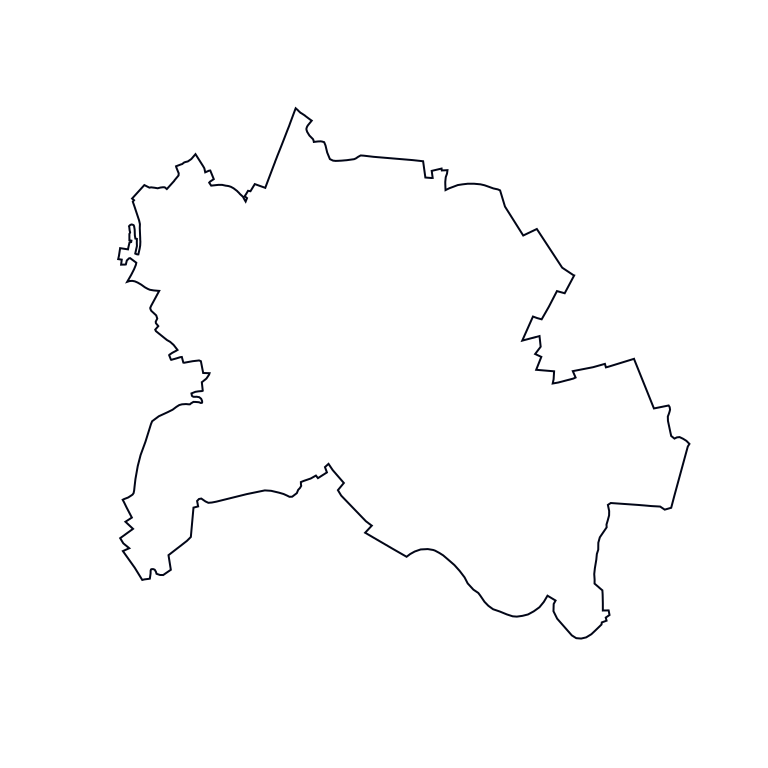 Ha Dong, Ha Noi, Vietnam, rotated 259°
{"feature_id": "81297802B46977673973725", "entity_name": "Ha Dong", "entity_type": "district", "adm_level": 2, "iso_a3": "VNM", "parent_name": "Vietnam", "parent_adm1": "Ha Noi", "projection": "robinson", "projection_center": [105.762, 20.954], "detail": "fine", "context": "isolated", "style": "outline", "palette": "ink", "viewbox_px": 768, "rotation_deg": 259, "n_neighbors": 0, "source": "geoboundaries", "source_scale": "gbopen_adm2", "svg_char_len": 5954}
<svg xmlns="http://www.w3.org/2000/svg" viewBox="0 0 768 768"><g transform="rotate(259 384 384)"><path d="M266.9,672.4L270.5,670.0L273.2,667.1L275.5,664.0L275.7,661.3L275.0,658.7L278.2,656.0L281.9,655.9L293.6,655.7L297.9,656.4L300.3,657.9L302.3,659.0L304.2,659.9L306.8,660.0L308.6,659.3L308.5,646.0L308.5,644.3L326.2,640.9L360.9,634.2L361.0,634.2L358.1,607.1L358.0,605.0L361.6,604.7L360.6,592.4L360.6,571.8L353.8,573.3L353.2,570.9L352.2,555.2L352.3,549.7L356.3,551.4L364.0,553.4L368.9,536.1L380.6,543.6L384.6,538.1L390.7,544.9L401.4,545.8L400.2,528.0L421.8,543.1L419.5,546.9L417.4,551.1L428.3,560.5L442.2,571.5L438.6,578.7L454.3,591.4L454.7,590.7L464.2,581.1L507.0,563.6L503.2,549.0L535.1,536.6L551.9,534.9L553.3,532.9L555.1,528.7L557.5,524.7L559.9,520.6L561.6,516.8L563.4,510.6L564.6,504.5L565.0,499.2L565.2,494.4L564.4,489.8L563.7,485.5L562.6,481.4L568.5,482.3L570.7,482.7L575.3,484.1L578.5,486.0L581.8,487.1L582.6,481.5L584.5,481.6L584.1,471.5L577.0,471.1L577.2,469.7L578.8,464.0L595.2,464.9L598.3,454.9L609.0,417.1L612.0,407.7L612.8,404.7L611.9,401.9L610.8,399.4L610.4,397.5L610.8,390.2L611.4,384.6L612.2,379.2L613.0,376.6L615.1,373.8L622.1,372.4L629.3,372.1L632.8,371.4L633.8,369.5L634.3,368.1L634.7,365.4L635.0,361.3L636.5,361.3L637.9,361.0L642.1,358.2L646.1,356.7L648.4,356.4L649.6,356.6L651.3,357.6L652.4,358.6L656.3,363.3L657.4,362.2L661.9,358.1L662.7,357.5L665.8,354.3L666.1,353.8L666.9,353.3L668.2,352.3L669.2,351.7L671.5,349.9L669.4,348.6L657.6,341.4L655.4,340.1L651.2,337.4L642.9,332.2L636.9,328.4L627.9,322.6L627.4,322.3L626.9,322.0L623.3,319.7L622.8,319.4L622.5,319.3L621.3,318.5L613.7,313.8L607.4,309.9L600.9,305.9L599.2,304.9L604.9,295.3L598.7,289.7L599.6,287.4L597.2,285.3L594.9,283.1L592.6,285.0L589.5,283.0L591.4,282.3L594.7,281.3L597.9,278.9L599.8,277.8L600.4,277.3L601.4,276.7L604.8,273.7L606.8,271.3L607.9,269.3L608.5,267.7L608.8,266.7L610.4,263.0L611.1,259.2L611.7,252.2L615.0,250.8L615.8,251.8L617.6,256.0L626.7,254.2L626.8,253.0L625.9,248.9L630.0,248.8L632.1,248.1L645.6,242.8L641.6,237.8L639.9,233.9L639.8,231.5L639.6,230.1L638.4,227.8L638.3,226.6L638.0,224.9L637.7,223.1L637.4,221.4L636.1,221.5L631.3,222.4L630.1,222.7L627.9,222.1L623.9,217.2L623.4,216.8L617.3,208.7L616.8,208.0L618.9,206.3L619.3,204.7L619.5,202.0L619.3,199.2L620.4,196.3L621.5,192.9L621.5,191.2L625.0,186.7L614.1,172.1L612.1,173.7L610.9,172.2L606.1,172.9L602.2,173.4L591.3,174.8L588.2,174.9L587.5,174.9L583.6,174.0L573.6,172.5L572.6,172.3L570.2,172.0L566.5,171.1L563.3,169.9L563.1,169.8L560.4,168.6L558.1,167.6L558.3,166.6L558.7,165.8L559.5,164.7L564.1,166.7L566.6,167.8L569.8,168.3L573.6,169.1L574.2,167.7L577.5,167.8L583.1,168.7L586.6,168.8L587.7,168.5L588.4,167.5L588.8,166.4L588.3,164.8L587.5,163.8L586.6,163.9L583.3,163.6L581.2,163.7L579.9,162.7L573.7,161.5L572.9,163.4L571.6,162.9L571.5,161.2L566.8,159.1L565.0,158.4L567.7,150.9L560.2,148.2L557.3,146.9L556.9,148.1L556.1,150.3L551.3,148.7L550.6,152.9L550.6,153.4L554.3,155.1L556.0,157.7L556.0,158.8L554.9,159.8L550.3,164.0L548.2,163.1L544.4,160.6L539.4,156.7L533.3,151.4L533.6,153.8L533.3,156.5L532.3,159.0L530.6,161.5L527.9,164.6L524.5,167.8L522.5,170.2L521.2,172.1L519.8,175.8L518.6,180.0L518.3,181.1L505.0,170.2L503.2,169.0L501.7,169.1L500.1,169.6L494.8,173.5L491.5,173.9L488.7,171.8L487.2,171.7L483.9,173.5L481.0,169.8L479.4,170.2L468.6,179.3L466.2,182.1L462.4,185.0L456.8,187.8L456.2,186.1L455.0,182.1L454.4,180.7L453.6,178.8L453.3,178.6L448.5,179.5L448.3,179.9L448.5,181.9L448.6,183.4L448.8,185.6L449.2,189.1L449.1,190.7L443.3,191.1L443.0,191.8L442.9,200.5L442.4,207.0L441.3,208.6L429.3,208.6L427.9,214.8L426.6,214.1L423.2,210.7L420.5,205.5L412.0,204.8L411.8,204.0L412.2,200.4L412.3,197.3L411.5,193.2L409.1,193.2L408.4,193.7L407.7,194.8L407.2,197.8L406.3,200.1L404.4,201.7L402.0,202.2L400.7,202.0L400.3,201.7L400.3,200.6L401.4,198.9L402.3,195.7L402.8,193.5L401.8,190.8L401.1,189.7L401.2,188.8L402.1,185.8L402.6,181.8L402.4,179.0L401.2,175.9L399.1,171.6L397.6,166.2L395.3,156.8L391.7,149.3L389.1,147.6L382.6,144.1L372.8,138.8L360.7,131.5L350.4,126.6L338.2,121.9L331.0,119.6L329.7,119.2L327.4,118.5L324.7,117.4L323.5,116.2L323.0,115.2L321.4,111.2L320.6,106.7L320.2,105.4L317.7,106.2L311.7,107.8L304.0,110.1L301.0,111.0L298.1,103.9L289.7,110.0L283.0,95.6L277.3,97.7L271.4,102.6L269.8,95.8L251.1,104.3L237.8,109.3L237.9,111.5L237.8,113.2L237.7,114.6L237.6,116.3L237.6,117.0L242.5,118.7L245.3,119.3L246.4,119.9L246.6,120.9L246.2,122.4L245.4,123.5L243.2,124.3L241.1,124.5L239.3,127.6L238.6,130.8L239.8,133.5L242.3,139.3L257.1,139.8L267.6,160.6L270.7,165.2L299.0,173.4L299.3,178.2L304.8,178.2L306.4,180.4L306.4,182.8L302.8,186.3L300.9,188.9L300.5,192.4L300.5,197.0L302.1,228.3L302.3,246.7L300.7,252.8L297.4,260.1L295.2,264.4L293.0,267.5L291.3,269.7L290.9,272.4L293.5,277.6L296.4,279.5L298.0,281.7L299.8,283.3L301.2,283.3L303.6,283.7L304.2,286.8L305.2,294.0L307.1,299.7L304.2,301.2L308.1,311.1L313.7,310.2L316.2,314.3L309.3,317.2L294.5,325.7L288.6,318.5L282.6,320.7L252.8,340.0L248.2,344.1L247.3,345.0L241.6,337.1L220.3,361.4L210.1,373.2L212.1,377.3L213.7,382.2L214.6,388.4L213.6,395.5L211.7,400.6L210.7,402.3L207.6,406.1L204.5,409.4L197.3,415.1L192.8,418.6L186.1,422.6L178.8,426.2L172.3,428.1L165.1,432.5L160.9,436.7L158.0,438.1L151.0,441.1L146.4,444.1L142.1,448.1L138.6,454.2L134.4,460.6L131.4,466.0L130.3,470.0L130.0,475.7L130.3,481.4L132.3,487.7L135.2,494.0L139.6,499.3L145.0,504.1L138.7,511.1L135.7,508.6L128.6,507.0L120.6,509.2L101.4,520.4L98.0,524.0L97.8,524.3L96.5,529.0L96.7,534.1L98.8,539.8L101.9,544.7L106.4,551.6L108.4,552.3L109.2,557.3L112.4,557.1L114.2,561.3L118.9,561.3L119.9,555.6L127.1,557.0L135.9,558.5L139.8,559.0L141.5,557.6L147.9,552.6L151.7,553.4L157.3,554.1L162.8,555.8L171.1,558.9L176.5,560.5L180.5,562.7L187.3,564.1L192.3,566.6L200.8,575.2L203.6,575.6L207.2,577.5L212.1,579.9L216.4,580.8L222.6,580.7L223.9,583.9L216.9,610.0L214.8,617.5L213.2,623.0L211.0,631.7L207.1,635.6L207.7,642.3L219.3,647.9L264.7,670.3L266.9,672.4Z" fill="none" stroke="#020617" stroke-width="2"/></g></svg>